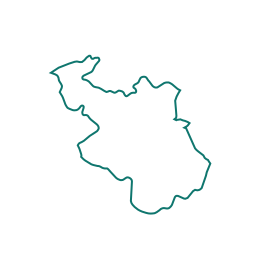 outline of Tianjin, rotated 305°
{"feature_id": "CHN-1816", "entity_name": "Tianjin", "entity_type": "Municipality", "adm_level": 1, "iso_a3": "CHN", "parent_name": "China", "parent_adm1": "", "projection": "robinson", "projection_center": [117.372, 39.408], "detail": "fine", "context": "isolated", "style": "outline", "palette": "teal", "viewbox_px": 256, "rotation_deg": 305, "n_neighbors": 0, "source": "natural_earth", "source_scale": "10m", "svg_char_len": 4075}
<svg xmlns="http://www.w3.org/2000/svg" viewBox="0 0 256 256"><g transform="rotate(305 128 128)"><path d="M188.8,149.1L185.5,149.3L181.6,149.8L177.4,151.0L170.7,156.6L165.7,160.7L163.9,161.6L161.8,161.0L162.1,163.1L162.9,163.6L163.9,164.7L165.1,165.9L165.7,168.5L166.5,170.6L167.2,173.6L167.3,175.6L164.4,175.5L163.1,175.2L160.6,174.0L160.8,175.0L161.2,175.6L149.8,194.6L149.3,196.7L149.1,198.8L148.8,205.5L147.5,208.0L147.4,210.1L147.7,211.8L147.0,213.3L146.1,215.8L136.9,217.9L133.7,219.2L121.1,222.8L119.7,222.5L119.0,222.3L118.5,222.0L117.9,221.7L117.1,220.9L116.7,220.5L116.5,220.0L116.0,219.0L115.8,218.4L113.6,217.5L104.9,216.9L102.9,215.5L102.3,214.3L101.1,208.1L100.7,207.3L100.2,206.6L99.5,206.2L98.8,206.1L98.1,206.1L90.2,208.1L89.4,208.1L88.4,208.1L86.8,207.8L85.9,207.5L85.3,207.1L84.9,206.7L84.4,206.1L83.1,203.5L82.5,202.7L81.6,202.0L80.6,201.4L78.6,200.9L75.5,199.8L73.5,198.7L72.2,197.3L70.8,195.5L69.7,193.6L68.8,191.3L67.6,187.5L67.1,185.0L66.9,182.9L67.1,178.8L67.7,176.0L67.9,175.4L68.4,174.2L68.6,173.8L68.8,173.5L69.9,172.2L86.3,162.0L86.8,161.6L87.2,161.2L87.6,160.6L87.9,159.7L88.0,159.0L88.0,158.3L87.9,157.6L87.8,157.0L87.6,156.5L87.3,156.0L87.0,155.6L86.5,155.2L85.4,154.7L83.5,154.0L83.0,153.8L82.7,153.6L82.3,153.4L82.0,153.0L81.6,152.6L81.3,152.2L81.0,151.7L80.8,151.1L80.4,149.3L80.3,148.0L80.4,146.6L82.1,138.7L82.9,135.3L82.9,134.1L82.7,133.8L81.5,132.1L80.9,130.7L80.6,129.4L80.5,127.7L80.3,126.7L80.1,126.0L79.3,124.6L77.8,120.8L77.4,119.4L77.2,118.4L76.8,111.8L76.9,109.5L77.5,106.2L78.8,105.6L79.2,105.2L80.0,104.3L83.2,100.0L85.0,96.8L86.3,96.7L87.5,96.8L87.9,97.0L88.7,97.4L89.8,98.1L92.2,99.2L99.6,101.2L107.5,104.4L108.2,104.5L109.0,104.5L110.3,104.4L110.9,104.2L111.3,103.9L111.8,103.4L112.3,102.8L112.8,101.7L113.1,100.3L113.6,92.9L114.0,90.9L114.4,89.7L114.7,89.0L114.9,88.4L115.0,87.6L114.7,86.5L114.3,85.8L113.9,85.3L113.5,84.9L113.2,84.4L113.1,83.8L113.2,83.1L113.8,82.3L114.3,81.8L114.9,81.4L119.0,80.1L119.5,79.8L120.0,79.5L120.3,79.0L120.4,78.4L120.1,77.6L119.7,77.2L119.0,76.9L118.4,76.8L117.0,76.8L115.5,76.6L114.2,76.2L113.7,75.9L113.2,75.6L112.8,75.2L111.7,73.9L111.4,73.4L110.9,72.3L110.1,68.8L109.9,67.6L109.9,66.7L110.4,65.3L111.4,63.2L115.3,57.6L116.3,55.9L118.2,51.5L122.7,50.7L123.9,50.2L124.4,49.9L124.8,49.5L125.2,48.8L125.7,47.9L126.8,45.2L127.2,44.5L127.4,44.1L129.2,42.3L129.6,41.7L130.0,40.9L130.3,40.2L130.4,39.5L130.2,37.6L129.0,33.2L137.6,36.6L147.1,42.9L151.6,46.3L153.2,48.0L154.4,50.8L155.7,52.5L158.7,53.4L161.9,53.7L163.2,54.1L164.8,54.7L165.3,55.3L165.4,55.9L164.5,57.4L164.2,58.2L164.1,58.8L164.6,59.7L166.2,60.5L166.8,61.0L167.3,61.8L168.2,62.8L168.4,63.2L168.5,63.8L168.1,64.6L167.7,65.1L167.4,65.5L166.9,65.7L166.3,65.8L161.4,65.3L160.1,65.3L155.6,66.0L154.3,66.1L153.1,65.9L152.6,65.7L145.5,61.7L144.8,61.5L144.1,61.4L143.5,61.5L142.9,61.8L142.3,62.5L142.2,63.0L142.2,63.5L142.3,63.9L143.1,65.5L143.5,67.1L143.6,68.5L143.6,69.5L142.4,74.9L142.3,75.9L142.4,76.5L142.8,77.8L144.2,80.9L144.6,83.6L144.8,87.3L145.1,89.6L145.6,90.1L146.5,90.8L147.5,91.4L147.9,91.9L148.3,92.6L148.9,96.0L149.1,96.6L149.4,97.0L149.9,97.4L150.4,97.7L152.8,98.7L153.3,99.0L153.7,99.7L154.1,100.6L154.6,102.2L154.6,103.3L154.5,104.1L154.2,104.6L153.9,105.1L153.5,105.8L153.2,106.5L152.9,107.7L153.1,108.4L153.5,108.8L154.0,109.1L157.4,110.2L158.5,110.7L159.0,111.1L159.4,111.5L159.8,111.9L160.7,113.3L161.1,113.7L161.6,113.9L162.2,113.9L162.6,113.7L163.1,113.4L163.5,112.9L163.8,112.4L164.1,111.9L164.3,111.3L164.3,110.7L164.3,110.1L164.3,109.5L164.5,109.1L164.9,108.7L165.5,108.5L166.1,108.4L166.8,108.5L167.5,108.7L169.7,109.8L170.3,110.1L171.0,110.2L171.7,110.3L172.3,110.2L174.3,109.8L176.3,109.6L177.1,109.9L178.0,110.4L179.1,111.6L179.6,112.5L179.8,113.2L179.8,113.9L179.7,114.5L178.5,117.5L178.4,118.4L176.7,123.5L176.5,124.2L176.5,125.0L176.5,126.0L176.7,126.8L177.1,127.6L177.5,128.1L177.9,128.6L178.4,128.9L185.7,131.9L186.4,132.5L187.1,133.1L188.1,134.4L188.6,135.2L188.8,135.9L189.0,137.2L189.1,139.2L188.5,145.7L188.5,146.2L188.5,146.8L188.8,149.1Z" fill="none" stroke="#0f766e" stroke-width="2"/></g></svg>